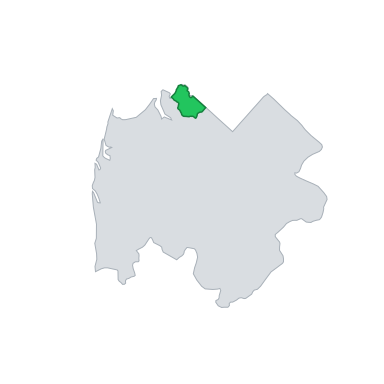 location of Noya, Estuaire, Gabon, rotated 42°
{"feature_id": "22940354B97736756734811", "entity_name": "Noya", "entity_type": "district", "adm_level": 2, "iso_a3": "GAB", "parent_name": "Gabon", "parent_adm1": "Estuaire", "projection": "mercator", "projection_center": [9.982, 0.76], "detail": "fine", "context": "in_parent", "style": "filled", "palette": "green", "viewbox_px": 384, "rotation_deg": 42, "n_neighbors": 0, "source": "geoboundaries", "source_scale": "gbopen_adm2", "svg_char_len": 5129}
<svg xmlns="http://www.w3.org/2000/svg" viewBox="0 0 384 384"><g transform="rotate(42 192 192)"><path d="M259.7,73.8L259.5,76.6L256.4,83.4L254.9,88.6L254.5,94.2L255.4,98.7L256.9,101.9L257.9,105.4L257.1,107.9L255.6,108.9L256.7,110.1L259.0,110.4L262.9,109.4L268.9,107.5L276.8,104.8L281.9,103.4L290.5,104.3L295.1,105.3L297.4,107.2L299.9,115.2L301.2,116.4L303.2,119.8L305.0,123.9L305.3,126.0L305.1,127.5L303.4,129.7L301.4,133.0L300.8,135.0L299.1,136.4L297.0,137.9L291.3,138.5L290.5,139.3L288.9,142.8L285.8,145.7L284.5,148.5L283.3,152.2L283.5,156.8L282.9,163.4L282.3,167.9L283.8,169.5L290.6,170.6L291.9,171.5L293.8,174.2L296.1,176.8L302.3,178.5L304.8,180.5L306.7,182.7L307.0,184.4L305.6,191.6L304.2,198.5L304.7,203.8L305.2,208.8L306.0,216.1L305.7,220.5L303.9,223.3L303.9,225.4L304.7,228.0L303.1,235.1L302.1,236.3L299.3,237.6L297.9,239.5L297.4,242.5L295.9,246.6L294.3,248.1L294.3,250.0L295.8,251.4L295.8,253.6L293.0,256.1L291.3,258.0L287.6,259.0L283.4,258.0L282.4,256.6L283.4,254.4L283.0,252.6L281.5,250.7L279.3,246.0L277.3,245.0L276.1,246.9L272.7,250.5L266.6,255.2L262.3,255.6L254.4,254.2L247.7,251.9L244.6,246.5L242.7,242.0L239.8,236.7L236.7,234.3L233.3,232.7L231.7,232.6L226.9,235.5L225.4,236.6L225.5,239.1L225.9,241.3L226.7,242.4L227.3,243.9L227.2,246.2L226.3,249.2L226.0,252.6L210.8,255.9L208.2,254.7L206.3,253.2L204.0,253.4L197.4,255.2L194.9,254.0L192.5,253.1L191.4,253.8L191.3,255.3L192.5,263.2L192.1,266.2L190.6,270.1L189.8,272.8L193.9,273.5L195.3,274.8L196.8,276.8L198.7,278.6L198.8,279.7L196.6,281.8L195.9,284.4L196.9,286.3L199.7,288.4L203.7,290.6L205.6,292.0L205.4,293.3L203.6,296.0L202.9,298.4L201.6,300.5L201.9,302.4L203.7,304.2L203.5,305.8L202.2,307.1L199.7,306.8L197.6,307.0L195.7,306.5L189.8,300.2L188.5,300.0L179.9,304.9L177.8,306.8L176.0,309.7L173.6,315.8L169.7,312.2L166.3,305.7L162.4,301.7L154.1,295.2L151.9,290.4L142.5,279.8L128.9,269.3L119.1,260.1L117.6,258.1L119.2,258.3L128.7,262.9L130.0,262.4L131.1,261.4L127.0,259.0L123.1,257.1L119.4,255.9L115.8,256.0L113.7,254.1L112.4,251.1L111.7,248.6L110.1,246.0L104.8,240.6L103.6,238.5L100.7,235.6L102.5,235.2L108.1,237.9L108.6,236.9L108.1,235.3L102.5,232.7L99.4,232.5L98.7,230.7L99.1,228.5L95.1,220.6L90.9,214.7L90.3,211.9L101.5,224.8L103.0,225.0L105.0,224.9L109.7,223.5L108.8,221.7L106.7,219.9L104.6,220.7L102.0,220.9L100.6,220.1L100.0,218.8L102.6,212.6L101.5,212.9L100.6,214.0L99.2,214.5L96.9,214.9L91.4,211.5L86.5,202.5L85.2,200.6L83.9,197.5L82.6,196.2L77.0,183.4L79.2,184.3L81.7,188.0L86.7,187.2L88.6,185.1L90.3,185.2L92.1,184.7L94.3,182.6L100.6,173.8L102.3,162.1L101.8,155.2L100.9,148.3L103.0,146.2L103.8,147.6L104.2,150.0L105.2,151.9L107.5,153.5L111.7,153.9L118.2,156.4L120.6,158.1L121.2,154.8L128.7,152.1L126.4,151.1L119.8,152.2L110.6,148.0L107.5,145.4L104.7,140.5L101.8,137.9L102.0,135.5L108.6,133.4L110.3,133.6L111.0,136.2L112.8,137.2L113.4,136.9L113.7,134.7L113.7,128.8L111.7,120.4L112.4,118.8L114.2,118.2L115.8,117.0L116.9,116.8L119.1,117.0L120.2,119.0L120.8,120.1L123.1,120.6L124.9,121.6L126.5,121.3L127.8,120.1L129.8,119.9L135.8,119.9L141.2,119.9L152.0,119.9L162.8,120.0L173.6,120.0L181.8,120.0L181.8,115.2L181.7,107.8L181.7,99.0L181.6,90.6L181.6,82.8L181.5,73.5L182.0,70.9L182.5,69.8L182.3,68.3L190.7,68.2L205.8,68.8L212.5,68.8L214.4,68.9L222.6,68.4L229.3,69.0L232.2,69.6L234.7,70.0L242.8,70.4L253.3,69.9L256.8,70.0L258.8,71.3L259.7,73.8Z" fill="#d9dde1" stroke="#a8b0b8" stroke-width="1"/><path d="M145.7,120.1L141.3,120.1L134.6,120.1L128.6,120.1L128.4,120.3L128.3,120.8L128.4,121.2L128.4,122.0L128.1,122.4L127.9,122.7L127.3,122.9L126.9,122.9L126.2,122.7L125.7,122.5L125.3,122.3L124.9,122.0L124.5,121.6L124.2,121.3L124.1,121.0L123.9,120.5L123.6,120.4L123.2,120.2L122.8,120.0L122.4,119.8L122.0,119.8L121.6,119.8L121.2,119.9L121.0,120.0L120.7,120.0L120.5,119.9L120.3,119.5L120.2,119.1L120.0,118.2L119.6,118.0L119.1,117.7L118.1,117.7L117.5,117.7L116.7,117.8L115.9,117.9L115.4,117.6L115.2,117.8L115.1,118.4L114.8,119.0L114.4,119.3L113.5,119.5L112.7,119.6L112.1,119.7L111.9,120.0L111.6,120.5L111.4,121.1L111.0,121.6L110.8,122.2L111.0,122.9L111.3,123.2L111.5,123.6L111.5,124.4L111.8,125.6L112.0,126.7L112.5,127.2L113.2,129.6L113.3,130.8L113.2,132.1L113.1,133.6L113.1,135.4L115.2,135.3L116.1,135.4L116.7,135.6L117.6,135.6L118.3,135.4L118.8,135.2L119.4,135.1L119.9,135.2L120.8,135.1L121.3,134.8L122.6,134.9L123.2,135.3L123.5,135.9L123.9,136.7L124.4,137.3L124.7,138.0L124.9,138.5L125.1,139.0L125.5,139.3L126.0,139.5L126.9,139.5L127.0,139.5L127.3,139.4L127.9,139.4L128.4,139.5L129.2,139.8L129.7,140.0L130.2,140.2L130.7,140.4L131.1,140.4L131.7,140.8L132.2,141.1L132.6,141.4L133.2,141.5L134.2,141.5L134.9,141.4L135.3,141.2L136.9,139.9L137.6,139.3L138.0,139.1L138.4,138.8L138.7,138.5L139.0,138.3L139.4,138.1L139.6,137.8L139.7,137.5L139.8,137.2L140.2,136.7L140.6,136.4L141.2,135.9L141.6,135.5L142.1,135.1L142.7,135.0L144.4,134.9L144.9,134.9L145.3,134.7L145.4,133.9L145.3,133.6L145.0,132.9L144.8,132.2L144.6,131.8L144.2,131.2L143.9,130.7L143.7,130.3L143.7,129.7L143.8,129.2L144.0,128.6L144.2,128.0L144.4,127.4L144.6,127.2L145.0,126.8L145.5,126.3L145.7,125.9L145.8,125.5L145.8,124.2L145.7,121.7L145.7,120.1Z" fill="#22c55e" stroke="#15803d" stroke-width="1.5"/></g></svg>